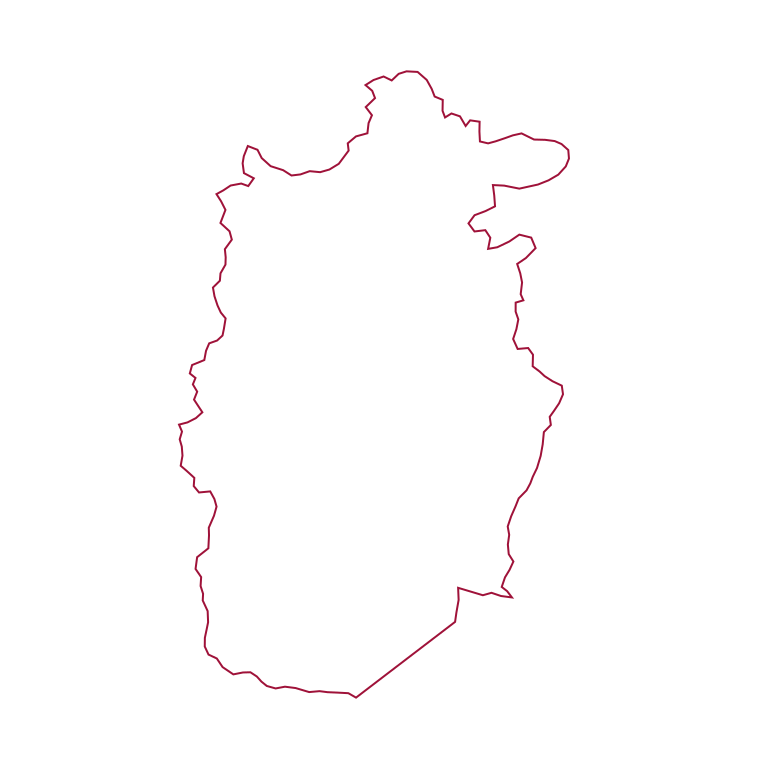 outline of Ibirapuitã, Rio Grande do Sul, Brazil, rotated 80°
{"feature_id": "56859067B64414910507042", "entity_name": "Ibirapuitã", "entity_type": "district", "adm_level": 2, "iso_a3": "BRA", "parent_name": "Brazil", "parent_adm1": "Rio Grande do Sul", "projection": "mercator", "projection_center": [-52.464, -28.617], "detail": "fine", "context": "isolated", "style": "outline", "palette": "rose", "viewbox_px": 768, "rotation_deg": 80, "n_neighbors": 0, "source": "geoboundaries", "source_scale": "gbopen_adm2", "svg_char_len": 2676}
<svg xmlns="http://www.w3.org/2000/svg" viewBox="0 0 768 768"><g transform="rotate(80 384 384)"><path d="M513.5,262.1L507.3,257.2L501.2,253.6L493.3,247.9L482.0,242.2L471.0,238.2L459.1,234.9L453.3,226.8L445.1,226.5L439.9,221.2L433.4,214.9L425.2,209.5L416.5,209.2L410.5,217.6L404.1,224.5L398.7,228.6L392.4,234.5L381.0,232.2L373.6,235.8L372.7,246.3L362.1,249.0L353.0,244.1L343.7,240.5L335.6,241.8L326.7,240.2L325.8,232.2L319.3,233.8L308.0,230.4L298.7,230.6L288.9,232.0L284.6,222.4L276.5,211.1L265.4,213.6L260.4,224.8L265.4,235.8L269.0,248.7L269.0,258.0L258.4,253.9L250.1,257.5L249.5,268.4L240.5,272.9L233.5,265.5L231.3,253.9L228.3,243.8L217.5,242.7L207.0,242.2L209.5,231.2L215.1,216.8L214.3,197.7L212.0,186.6L208.1,176.0L201.3,167.2L194.1,162.7L185.6,161.9L178.5,167.5L174.4,173.7L171.5,183.0L169.3,193.8L161.1,205.0L161.5,213.9L162.9,222.1L164.4,232.0L165.1,239.7L161.8,247.4L152.0,246.2L142.3,244.3L139.3,253.4L144.1,258.8L133.6,262.7L129.3,270.6L132.1,277.6L125.1,278.9L114.4,276.8L109.7,284.2L101.6,285.8L92.0,289.1L82.5,296.7L80.0,307.5L81.1,315.7L86.4,323.7L81.1,331.0L82.8,341.5L86.4,350.3L93.2,344.7L100.9,343.2L108.1,353.9L117.2,349.2L124.4,353.9L134.2,356.8L135.3,368.6L140.7,377.9L148.0,378.3L159.3,390.3L163.3,400.5L164.3,410.1L161.5,420.2L163.1,429.9L162.6,438.9L155.9,446.2L149.8,457.8L140.3,465.2L131.4,467.9L126.0,476.8L135.3,482.5L142.1,484.9L152.0,485.3L158.8,476.5L165.5,483.3L161.8,489.8L161.9,500.6L165.4,508.6L167.9,516.0L175.8,512.7L185.0,509.9L197.0,517.1L206.8,509.6L215.4,508.8L223.6,517.3L231.7,517.9L238.9,519.4L246.6,525.8L253.8,527.7L259.3,535.7L268.2,535.7L277.8,534.3L285.3,532.3L291.9,528.6L301.9,532.1L308.2,534.6L312.2,540.8L313.6,549.1L320.4,553.5L329.2,556.8L332.0,569.7L339.9,573.4L345.3,568.6L351.2,572.3L359.1,569.3L366.4,573.8L373.6,570.7L380.3,567.8L384.9,575.1L387.7,584.2L388.4,592.9L395.8,591.2L403.0,594.8L410.5,594.0L419.6,594.9L429.2,598.4L435.2,593.5L443.5,587.1L451.5,589.1L458.7,585.0L459.6,573.8L467.8,571.0L475.7,570.2L484.2,574.3L495.1,581.5L502.6,582.6L515.3,585.5L522.1,598.1L533.4,601.7L542.4,597.6L551.1,599.7L559.2,598.6L565.7,600.1L577.0,597.1L588.1,598.6L594.7,601.2L602.9,604.5L611.4,606.1L620.0,603.8L625.3,596.3L634.8,592.1L643.8,582.8L643.6,573.0L644.7,565.6L650.0,560.0L655.8,556.4L661.0,551.9L665.0,543.6L664.9,534.1L668.1,523.8L674.4,511.2L675.3,500.8L677.7,493.1L679.8,483.6L682.3,472.8L688.0,466.0L630.6,355.3L621.7,352.4L609.6,348.0L597.6,346.4L609.2,323.3L608.3,314.4L613.1,305.6L616.4,295.1L609.4,298.7L604.3,303.3L595.4,298.4L588.8,292.6L581.3,287.4L573.2,290.7L563.6,289.9L554.3,286.9L545.8,286.9L536.3,281.7L527.3,275.7L520.0,271.2L513.5,262.1Z" fill="none" stroke="#9f1239" stroke-width="2"/></g></svg>